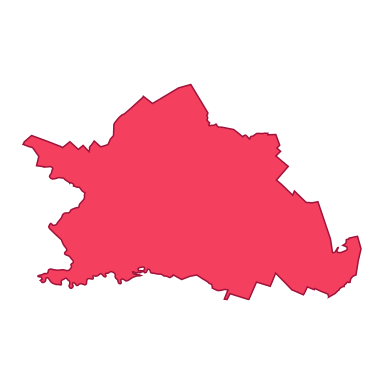 the district of Ciacova, Timis, Romania
{"feature_id": "2599482B63643580680860", "entity_name": "Ciacova", "entity_type": "district", "adm_level": 2, "iso_a3": "ROU", "parent_name": "Romania", "parent_adm1": "Timis", "projection": "natural_earth1", "projection_center": [21.088, 45.537], "detail": "fine", "context": "isolated", "style": "filled", "palette": "rose", "viewbox_px": 384, "rotation_deg": 0, "n_neighbors": 0, "source": "geoboundaries", "source_scale": "gbopen_adm2", "svg_char_len": 5856}
<svg xmlns="http://www.w3.org/2000/svg" viewBox="0 0 384 384"><path d="M293.1,290.3L303.4,294.8L304.1,293.7L305.7,290.5L307.3,286.9L314.2,289.7L314.8,288.5L321.0,291.3L328.0,294.1L328.1,295.1L328.7,296.9L328.6,297.2L335.1,293.5L337.9,290.8L338.9,290.1L339.6,288.7L340.8,287.8L342.8,286.6L344.1,286.6L344.4,284.9L345.6,284.1L347.1,282.2L347.4,282.0L348.6,282.5L350.0,282.4L350.2,282.2L350.1,281.2L350.6,279.9L350.7,278.9L352.8,276.3L355.2,275.3L355.6,274.9L356.0,274.9L358.3,260.6L361.0,248.9L360.6,247.3L357.5,236.3L349.1,238.1L348.6,239.3L347.3,239.3L346.3,239.7L346.2,241.5L346.0,242.7L345.7,243.2L344.8,244.2L342.8,245.3L346.8,247.0L347.3,248.6L347.3,249.1L346.3,250.3L340.9,252.6L337.9,252.5L337.1,251.5L336.9,250.6L337.2,249.8L338.3,247.7L338.2,247.5L337.7,247.7L335.1,252.0L333.5,252.7L332.5,252.5L330.8,241.0L330.3,238.5L317.9,201.7L312.2,202.8L306.1,202.4L294.4,191.0L292.7,195.2L281.5,184.4L277.7,181.1L276.4,180.1L288.3,166.4L285.3,164.0L284.3,163.0L282.2,161.4L275.9,156.0L280.6,151.3L276.9,148.1L277.6,147.5L279.7,145.2L275.8,134.5L267.8,134.8L267.9,133.3L264.3,133.2L263.4,133.5L257.2,133.4L256.7,133.5L255.4,134.3L253.2,136.0L250.9,136.5L250.2,137.5L249.7,139.0L249.1,138.7L246.4,135.7L245.4,135.1L244.7,135.3L243.5,135.9L242.7,136.8L238.3,133.1L233.6,129.5L222.0,127.2L218.8,127.1L218.0,126.7L217.1,126.0L216.8,125.6L216.6,124.5L216.0,124.1L215.8,124.1L214.8,124.9L212.9,125.4L211.9,125.3L209.3,125.7L208.8,125.4L208.8,125.1L209.6,123.0L209.6,122.6L208.2,121.9L207.7,120.7L207.0,120.1L207.0,119.8L207.6,118.3L207.7,117.9L207.5,117.0L206.8,115.5L206.9,115.1L207.5,114.5L207.9,112.9L190.8,84.5L178.6,87.9L152.5,103.5L143.3,96.3L142.8,97.4L130.3,108.8L124.5,113.8L121.9,115.0L119.8,116.8L117.8,118.9L114.5,123.1L113.9,124.6L113.5,135.3L113.4,135.7L110.3,139.2L108.5,143.5L108.0,144.3L106.8,145.0L100.9,146.8L100.3,146.5L94.2,141.0L91.5,145.0L91.0,145.4L89.7,147.0L89.5,147.8L89.6,149.1L89.5,149.8L89.1,150.8L89.0,151.7L83.1,145.4L78.3,149.4L69.9,141.7L62.6,147.6L61.9,147.0L48.9,141.9L31.6,135.5L24.1,142.0L23.8,143.2L23.0,144.3L28.6,146.5L32.6,147.6L38.8,156.4L36.5,165.7L42.3,166.5L43.8,166.7L43.7,167.0L44.2,167.1L50.6,166.6L51.5,167.0L52.7,168.1L52.9,168.4L52.8,168.9L52.2,169.7L51.3,173.5L50.3,174.6L49.5,176.2L49.8,177.1L50.6,178.2L52.3,179.0L52.8,179.0L56.0,178.5L57.7,177.8L59.2,177.6L63.7,178.2L65.3,179.9L69.4,182.5L69.8,183.3L70.2,182.8L70.6,182.7L71.4,182.9L73.0,183.8L73.8,184.8L73.8,185.2L73.4,185.9L73.7,186.1L75.9,186.7L76.4,187.1L79.4,187.3L82.2,191.0L85.0,192.9L84.5,194.3L84.4,195.6L84.5,197.4L84.3,198.3L83.4,199.9L79.9,203.8L79.3,204.7L79.1,206.4L78.8,207.0L77.7,207.6L75.3,208.0L71.7,209.5L70.8,210.1L70.2,211.1L69.8,212.2L69.3,212.5L68.0,212.9L65.2,213.0L64.1,213.4L63.0,214.3L62.4,215.3L61.9,216.8L61.3,218.0L57.9,222.2L56.5,224.4L55.6,225.0L53.5,225.4L52.6,225.0L51.1,223.5L50.8,223.4L49.8,224.3L48.7,226.6L49.0,227.6L49.7,228.7L54.9,233.8L61.0,239.4L61.6,240.2L62.1,241.7L63.6,244.9L66.4,248.7L66.8,249.7L66.8,250.1L66.6,250.6L64.8,252.6L64.6,253.5L64.9,254.2L66.0,254.9L68.5,255.8L69.9,256.8L71.3,258.8L73.1,260.6L73.3,261.3L73.2,262.4L72.6,263.1L71.6,263.7L70.9,264.7L70.9,264.9L71.4,266.1L71.5,266.6L71.4,267.4L69.5,269.8L68.6,270.4L67.8,270.5L66.4,270.6L65.0,270.1L62.8,269.7L57.7,270.2L54.3,269.8L50.8,269.0L49.4,269.3L48.6,270.0L48.2,270.9L48.1,272.4L47.3,273.2L46.5,273.6L44.7,273.5L44.1,273.6L41.9,274.7L39.4,275.3L37.9,276.0L38.0,276.4L39.0,276.9L39.6,276.8L40.9,277.0L41.2,277.2L41.7,278.0L42.2,279.1L41.5,279.4L40.4,280.4L40.7,280.5L41.6,281.9L42.2,282.4L42.9,282.6L43.4,282.5L44.6,281.9L45.2,281.3L45.6,280.5L45.9,278.2L47.4,277.6L47.8,277.8L49.4,279.6L50.1,280.9L50.6,281.5L51.3,282.2L53.1,283.5L56.3,284.5L58.7,284.5L60.6,285.0L61.0,284.9L61.4,284.3L61.2,281.7L61.3,281.2L61.7,280.4L62.3,279.9L63.8,279.3L64.8,278.5L65.6,278.2L66.1,278.2L66.6,278.5L67.6,279.8L69.1,280.8L69.5,281.3L69.8,282.9L69.8,283.6L69.2,285.2L69.1,286.5L70.0,287.9L70.7,288.3L71.6,288.2L72.3,287.7L72.9,286.9L73.1,286.4L73.1,285.7L72.6,284.6L72.5,284.0L72.8,283.1L73.2,282.8L74.2,282.8L74.6,282.9L76.2,285.1L76.8,285.5L77.8,285.4L79.2,284.1L80.4,283.7L81.7,283.8L84.6,284.8L85.4,284.8L85.9,284.5L86.4,283.6L86.9,280.0L87.2,279.3L88.2,278.7L89.4,278.6L92.3,279.1L92.8,279.0L93.1,278.7L93.2,278.4L93.2,278.0L92.9,276.5L93.2,275.9L93.9,275.7L95.7,276.2L97.2,275.9L98.5,275.2L100.0,273.9L100.4,273.7L101.4,273.9L102.1,274.5L103.6,276.2L104.6,276.8L105.3,276.9L105.7,276.7L106.0,276.1L106.0,275.6L105.4,274.1L105.5,273.5L106.1,273.3L108.1,273.2L110.0,271.9L111.2,271.6L113.4,272.4L114.7,273.4L115.3,274.6L115.3,275.2L115.1,276.4L115.2,277.0L115.6,278.0L117.4,279.7L117.9,280.4L118.1,281.9L118.5,282.9L119.1,283.5L120.2,283.8L120.8,283.5L121.2,283.0L121.2,282.4L120.7,280.2L121.6,279.1L122.4,279.0L123.5,279.3L125.8,280.9L126.5,280.9L128.0,280.5L132.7,277.4L136.6,276.0L140.5,275.7L141.0,275.5L138.4,274.6L135.7,274.4L134.2,274.0L133.2,273.5L132.6,272.0L133.6,271.8L135.1,272.7L136.4,272.9L138.4,272.3L139.2,272.7L140.0,272.7L142.0,271.9L142.9,271.4L142.9,271.0L142.5,270.7L138.6,270.6L138.0,268.9L138.4,268.3L139.7,267.6L142.7,267.0L143.7,267.1L144.5,267.9L144.5,268.7L143.9,270.4L143.9,271.8L144.2,272.5L144.4,272.7L145.3,272.7L146.3,272.3L146.7,271.6L147.1,270.5L147.5,269.5L147.9,269.2L148.8,269.3L149.9,270.1L150.4,271.9L150.7,272.6L151.6,273.0L154.6,273.4L157.2,274.0L161.1,274.2L161.9,274.5L164.0,276.0L166.7,276.2L169.5,277.5L170.1,277.5L170.6,277.2L172.3,276.2L172.7,275.8L172.7,275.2L173.3,274.9L181.6,279.5L190.2,276.2L196.9,275.0L203.5,279.4L204.6,279.9L207.7,281.9L209.0,283.2L211.5,284.4L212.0,285.3L212.3,288.1L212.8,288.2L212.8,288.3L215.2,289.5L217.8,290.6L221.0,290.4L224.7,289.4L228.0,289.9L224.3,299.2L227.1,299.5L230.0,293.7L248.2,299.4L248.5,299.4L248.9,299.4L256.5,282.1L270.3,286.3L270.7,284.9L271.2,284.1L275.6,273.1L284.4,282.0L292.0,290.0L293.1,290.3Z" fill="#f43f5e" stroke="#9f1239" stroke-width="1.5"/></svg>